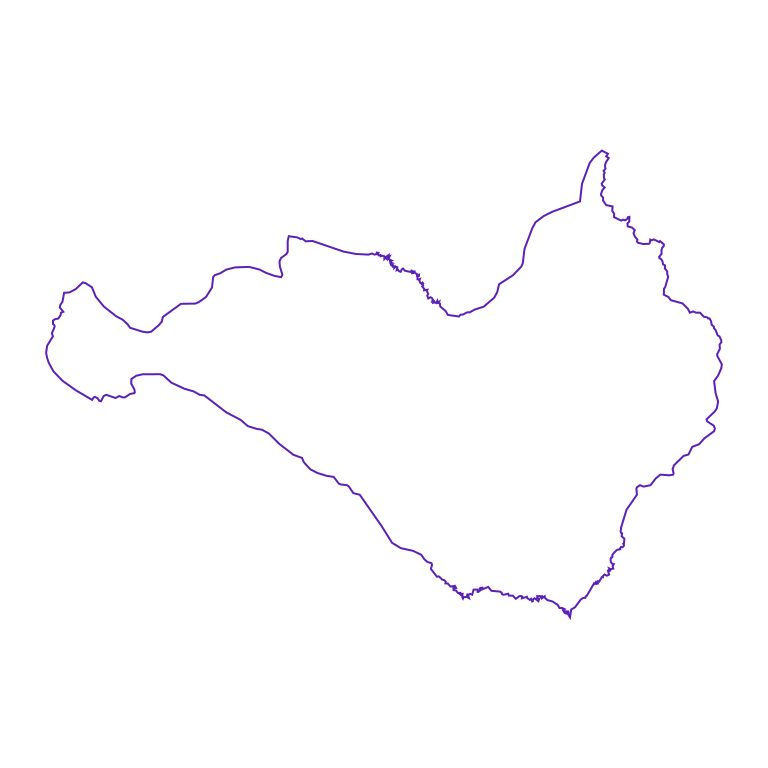 outline of Khamkeuth, Bolikhamxai, Laos
{"feature_id": "54806243B83345748269493", "entity_name": "Khamkeuth", "entity_type": "district", "adm_level": 2, "iso_a3": "LAO", "parent_name": "Laos", "parent_adm1": "Bolikhamxai", "projection": "orthographic", "projection_center": [104.952, 18.216], "detail": "fine", "context": "isolated", "style": "outline", "palette": "violet", "viewbox_px": 768, "rotation_deg": 0, "n_neighbors": 0, "source": "geoboundaries", "source_scale": "gbopen_adm2", "svg_char_len": 6094}
<svg xmlns="http://www.w3.org/2000/svg" viewBox="0 0 768 768"><path d="M608.0,153.8L601.8,150.6L593.7,157.7L589.7,163.0L582.0,183.8L580.0,201.4L552.2,211.8L543.8,216.0L535.6,222.2L532.4,228.0L524.5,248.9L522.8,263.1L521.3,266.6L512.9,275.3L499.1,284.2L497.2,292.2L494.3,297.6L483.7,306.7L474.8,309.5L469.6,312.4L467.1,312.3L463.3,314.4L460.5,314.8L458.9,316.5L447.8,314.9L445.7,311.1L440.3,306.6L439.9,303.5L438.3,303.1L439.0,301.7L437.6,302.4L437.3,300.8L436.0,303.0L435.0,302.3L433.3,302.8L433.7,301.3L432.1,301.6L432.9,299.5L431.6,297.8L430.4,297.2L428.3,298.5L427.2,295.7L428.2,294.0L426.8,290.7L427.3,289.8L424.1,290.3L424.4,289.1L422.2,286.4L423.1,285.6L422.5,284.7L423.2,283.5L422.5,282.6L421.4,283.7L420.1,282.7L419.4,280.4L419.9,279.0L418.3,279.7L417.4,279.1L417.6,276.3L418.8,276.1L419.0,274.7L417.0,275.4L417.1,274.3L414.6,272.6L414.7,271.5L412.6,271.3L412.9,273.1L412.1,273.2L411.5,270.8L410.3,271.9L405.0,270.8L403.1,268.6L401.7,269.4L400.7,271.8L399.0,271.2L397.9,269.6L396.7,270.2L397.3,267.2L395.6,266.7L394.5,267.8L394.7,266.4L394.0,266.6L393.4,265.6L393.6,266.6L392.8,266.7L392.8,265.0L391.3,265.3L390.5,263.5L391.9,263.1L391.1,262.8L391.3,261.6L389.5,262.1L390.1,261.6L389.8,260.3L391.0,260.2L388.4,258.9L389.7,256.2L388.3,256.8L388.6,255.1L386.0,256.9L386.4,258.7L385.3,257.7L384.4,258.8L384.4,256.3L382.4,255.7L380.6,256.3L380.4,255.0L378.6,255.3L377.8,254.1L378.4,252.9L376.8,252.6L376.5,254.1L374.4,254.6L371.9,253.5L368.5,254.6L356.1,254.0L343.6,251.6L312.6,241.0L305.7,241.3L302.1,238.5L300.8,239.1L297.2,237.4L288.8,236.2L287.7,241.0L287.7,251.8L286.4,254.1L280.9,258.1L279.5,261.5L279.9,266.6L282.4,274.8L281.1,277.2L274.2,275.8L265.9,272.8L259.7,269.6L249.2,266.9L235.1,267.4L226.3,269.6L220.4,273.2L214.7,275.2L213.2,277.0L212.0,287.5L206.0,297.0L199.0,302.0L195.3,303.6L181.0,303.8L162.8,317.0L161.9,321.4L159.0,325.0L151.2,331.7L147.4,332.4L142.6,331.7L130.1,327.8L127.5,324.2L122.7,319.7L116.4,316.4L103.9,306.6L95.7,296.6L92.0,287.4L85.7,283.2L82.8,282.4L75.6,289.2L69.5,292.4L64.1,292.8L62.5,301.6L60.2,305.2L59.8,307.5L63.3,311.8L60.9,312.8L60.6,315.1L58.4,318.5L54.7,319.3L53.0,320.6L53.0,323.9L54.4,325.3L54.6,326.9L51.9,333.2L52.9,336.4L47.2,345.6L46.1,352.7L47.1,357.8L48.8,362.9L53.5,371.4L62.5,380.8L75.7,390.2L92.1,399.9L93.7,397.4L95.1,396.9L97.7,398.4L99.3,400.8L101.0,401.2L103.7,396.0L106.2,394.8L115.5,398.0L119.3,396.0L122.7,397.4L125.1,397.3L130.0,394.0L134.3,393.1L134.8,392.5L134.4,389.4L131.2,383.7L131.4,379.0L136.3,375.7L142.6,374.3L160.1,374.2L163.4,375.4L171.4,382.7L184.3,388.7L193.6,391.4L199.9,394.9L204.3,395.4L226.3,412.4L240.8,420.0L247.8,426.1L256.7,428.9L261.9,429.7L269.0,433.6L279.4,444.0L293.4,454.8L302.0,457.9L303.9,462.3L310.3,469.3L317.5,473.0L326.5,475.8L333.7,476.9L338.8,483.6L340.4,484.4L346.8,485.1L348.7,486.3L353.4,493.2L359.7,494.7L381.7,526.2L392.1,542.9L401.0,548.2L412.9,550.8L421.3,554.8L424.4,559.3L427.3,561.9L431.5,563.2L432.0,565.1L430.9,568.9L436.9,576.7L438.9,576.4L442.3,579.7L444.4,580.2L445.8,581.7L445.4,583.4L447.8,583.5L450.5,586.6L454.9,585.8L456.0,588.0L453.4,588.1L453.5,590.1L455.9,590.4L458.1,593.1L460.0,592.9L459.6,593.8L461.6,595.5L461.8,593.9L462.6,593.8L462.3,597.1L463.0,598.5L463.6,597.1L467.2,597.0L469.0,598.1L468.5,596.6L467.1,595.7L467.4,594.4L468.8,594.7L470.1,593.9L472.2,594.7L473.6,589.6L477.7,589.6L477.6,591.9L478.2,592.0L480.6,590.1L479.8,588.8L480.3,587.9L482.3,587.7L482.4,589.3L488.2,586.9L491.4,590.8L500.1,591.6L501.7,592.7L501.9,594.0L503.5,594.8L508.2,593.7L508.9,595.6L512.8,595.7L515.8,598.8L519.5,596.1L520.9,596.0L522.2,596.5L521.9,598.3L526.9,596.8L527.4,598.2L529.8,599.9L531.0,598.8L532.2,601.5L532.9,601.1L532.6,599.7L534.6,598.3L538.4,601.2L539.2,598.7L537.2,597.9L537.2,596.1L542.3,596.2L542.4,597.1L541.1,597.5L541.7,598.5L544.7,596.3L544.9,597.8L547.2,600.0L552.6,601.5L557.8,605.0L559.5,608.0L561.8,607.9L564.5,609.1L562.9,610.0L564.6,612.8L567.5,614.0L565.2,611.3L568.3,611.5L568.5,615.0L570.0,617.4L571.2,609.5L575.0,607.3L580.8,599.5L582.8,598.1L585.4,597.8L585.7,596.3L586.8,595.8L594.1,583.3L594.7,583.9L595.8,582.2L596.4,583.9L597.8,583.5L597.3,582.2L597.9,581.2L599.1,581.7L601.8,577.1L602.9,577.2L602.9,576.1L604.5,574.5L606.9,575.7L609.1,574.6L607.9,570.6L608.7,569.9L609.5,570.9L610.2,570.5L609.2,568.4L610.7,569.1L613.3,568.6L612.6,566.2L613.8,564.1L612.2,563.8L610.8,562.0L610.6,559.1L611.3,557.5L612.3,557.3L612.4,554.6L616.0,550.8L617.2,549.8L620.1,549.3L619.9,548.6L621.1,546.9L622.4,547.3L623.6,546.3L624.0,545.1L623.3,543.9L623.9,543.8L624.4,538.7L621.6,536.3L622.1,533.3L621.0,532.8L620.6,531.3L621.1,527.5L626.5,509.8L636.9,494.8L636.4,488.3L637.0,487.2L640.0,485.2L643.6,486.6L650.5,485.2L655.8,478.4L660.4,474.6L669.1,475.3L673.1,474.7L673.6,473.3L672.6,469.1L674.0,465.3L683.6,455.9L688.5,454.5L692.2,446.9L699.3,444.1L704.3,438.4L714.1,431.2L714.9,428.4L713.7,425.7L707.2,421.4L706.5,419.3L714.8,411.5L716.9,408.2L718.1,401.5L715.6,393.1L714.1,381.1L718.0,375.7L721.2,368.5L721.9,364.5L717.2,355.7L717.2,354.1L719.9,348.8L719.6,344.4L721.4,342.2L721.2,340.1L719.4,336.3L717.7,335.5L715.7,330.2L713.9,328.2L713.9,326.6L711.7,324.8L711.1,321.3L709.5,318.4L708.1,318.5L707.4,317.4L703.8,316.7L700.1,312.7L696.2,312.7L693.2,311.5L689.8,312.7L688.0,308.9L682.5,303.4L670.9,300.2L668.4,297.0L663.8,294.7L664.0,288.7L665.1,287.4L668.2,276.8L667.2,274.1L667.2,271.3L664.9,268.6L665.0,265.4L663.1,264.4L662.3,260.8L660.5,258.5L659.6,258.4L659.1,256.9L661.6,253.7L661.5,250.3L662.2,247.6L663.6,246.4L663.9,244.4L660.1,241.1L659.3,242.1L653.9,239.4L651.9,240.3L650.3,239.6L649.7,243.2L648.8,243.8L643.3,244.0L638.0,242.8L637.0,241.6L637.4,239.7L634.8,236.4L633.5,233.1L634.8,230.1L631.7,227.4L627.7,226.4L627.4,223.5L629.3,221.5L629.4,216.9L627.9,217.2L627.3,218.9L625.1,220.3L623.0,219.7L621.2,220.6L614.1,217.2L614.1,213.5L612.3,211.0L612.5,206.4L606.2,205.1L603.1,200.5L603.1,197.6L601.2,195.5L601.0,194.0L602.5,189.9L604.7,187.5L602.2,185.4L601.7,183.6L604.8,179.4L604.0,178.1L603.8,174.4L604.7,172.9L603.6,170.9L605.5,168.7L604.9,165.7L605.9,162.3L608.7,158.1L606.2,156.3L608.0,153.8Z" fill="none" stroke="#5b21b6" stroke-width="2"/></svg>